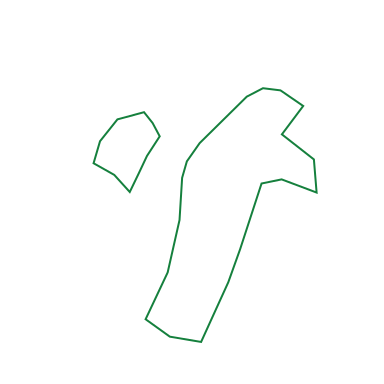 SVG path tracing the border of Ash Shamālīyah, rotated 33°
{"feature_id": "BHR-4927", "entity_name": "Ash Shamālīyah", "entity_type": "Governorate", "adm_level": 1, "iso_a3": "BHR", "parent_name": "Bahrain", "parent_adm1": "", "projection": "mercator", "projection_center": [50.465, 26.145], "detail": "fine", "context": "isolated", "style": "outline", "palette": "green", "viewbox_px": 384, "rotation_deg": 33, "n_neighbors": 0, "source": "natural_earth", "source_scale": "10m", "svg_char_len": 551}
<svg xmlns="http://www.w3.org/2000/svg" viewBox="0 0 384 384"><g transform="rotate(33 192 192)"><path d="M222.4,324.0L215.4,272.7L196.8,222.3L176.0,185.5L171.0,169.1L171.8,146.8L186.0,82.2L195.0,66.3L210.8,58.6L211.0,58.6L212.2,58.6L238.4,59.3L236.0,94.7L276.5,98.3L296.8,124.6L260.3,132.6L245.7,147.0L263.5,213.7L271.6,248.0L281.3,312.8L252.2,325.4L222.4,324.0ZM108.3,151.2L121.4,155.6L134.6,162.9L134.6,186.3L137.2,205.4L139.8,225.9L117.5,220.0L93.8,221.5L87.2,199.5L89.9,171.7L108.3,151.2Z" fill="none" stroke="#15803d" stroke-width="2"/></g></svg>